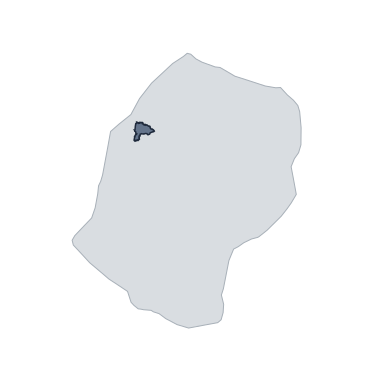 location of Kueneng, Berea, Lesotho, rotated 339°
{"feature_id": "5366337B11149165517433", "entity_name": "Kueneng", "entity_type": "district", "adm_level": 2, "iso_a3": "LSO", "parent_name": "Lesotho", "parent_adm1": "Berea", "projection": "orthographic", "projection_center": [27.999, -29.014], "detail": "fine", "context": "in_parent", "style": "filled", "palette": "slate", "viewbox_px": 384, "rotation_deg": 339, "n_neighbors": 0, "source": "geoboundaries", "source_scale": "gbopen_adm2", "svg_char_len": 4706}
<svg xmlns="http://www.w3.org/2000/svg" viewBox="0 0 384 384"><g transform="rotate(339 192 192)"><path d="M248.4,254.6L238.5,257.7L237.1,257.9L230.8,257.2L222.3,257.9L215.6,259.6L210.4,260.2L201.9,269.2L186.6,293.6L182.5,298.7L181.3,308.2L177.8,315.8L173.4,321.7L169.2,323.2L156.4,320.8L140.1,317.8L130.6,310.5L122.1,300.8L117.7,293.8L113.0,290.0L111.4,287.8L104.7,284.6L102.2,283.0L99.9,281.8L97.2,277.1L95.6,273.1L96.2,261.7L91.5,255.0L83.3,243.6L78.2,234.2L71.1,221.3L66.8,210.4L62.2,199.0L62.8,194.1L67.0,190.7L79.4,184.8L89.0,180.3L95.9,172.1L103.3,160.0L107.0,152.7L110.6,149.3L114.6,144.1L121.6,132.7L129.4,120.0L137.7,106.3L148.3,102.4L162.7,97.8L176.6,85.9L193.2,75.9L220.0,65.1L232.5,62.4L237.2,60.8L240.2,62.9L243.4,69.2L247.9,74.4L258.4,83.5L262.8,85.8L273.6,99.3L285.2,108.6L298.4,119.3L307.5,124.7L312.1,126.2L315.8,135.6L319.6,142.7L321.8,149.2L321.3,155.6L316.9,171.1L310.6,187.0L305.6,193.5L299.5,197.6L293.6,203.9L291.3,216.6L288.5,231.6L280.8,237.7L274.8,241.7L266.6,246.6L248.4,254.6Z" fill="#d9dde1" stroke="#a8b0b8" stroke-width="1"/><path d="M178.4,121.8L178.3,121.7L178.5,121.3L178.6,121.2L178.5,120.8L178.2,120.4L178.2,120.2L178.1,119.9L177.9,119.8L177.9,119.7L177.6,119.4L177.4,119.3L177.3,119.0L177.3,118.9L177.1,118.9L176.6,118.7L176.4,118.6L176.3,118.2L176.2,118.1L176.3,117.9L176.2,117.4L175.9,117.1L176.0,116.8L176.1,116.7L176.1,116.4L176.2,116.1L176.3,116.0L176.3,115.7L176.1,115.4L175.9,115.3L175.8,115.2L175.6,115.1L175.3,115.1L175.2,115.1L175.0,114.9L174.9,114.8L174.8,114.5L174.7,114.4L174.2,113.9L174.3,113.8L174.3,113.7L174.1,113.6L174.1,113.4L173.9,113.2L173.8,113.3L173.6,113.3L173.4,113.2L173.0,113.0L173.0,112.8L172.9,112.7L172.7,112.4L172.6,112.2L172.3,112.3L172.2,112.3L172.1,112.2L172.1,112.3L171.9,112.2L171.9,112.3L171.8,112.2L171.7,112.2L171.7,112.3L171.7,112.2L171.8,112.3L171.7,112.4L171.7,112.5L171.5,112.4L171.4,112.3L171.4,112.1L171.2,112.1L171.0,111.8L170.9,111.7L170.9,111.4L170.9,111.2L170.7,111.0L170.8,111.0L170.8,110.9L170.7,110.7L170.8,110.5L170.8,110.3L170.8,110.2L170.7,110.1L170.7,110.3L170.6,110.2L170.8,109.9L170.7,109.7L170.8,109.6L170.7,109.4L170.4,109.3L170.3,109.2L170.2,109.3L169.8,109.3L169.7,109.2L169.4,109.0L169.2,108.9L169.0,108.7L168.7,108.6L168.6,108.4L168.4,108.3L168.2,108.7L168.1,108.8L167.9,109.0L167.8,108.9L167.8,109.0L167.7,109.0L167.4,108.9L167.2,108.8L167.1,108.7L166.9,108.5L166.7,108.7L166.4,108.3L166.3,108.2L166.2,108.1L166.2,107.8L166.1,107.7L166.0,107.4L165.9,107.4L165.7,107.3L165.6,107.2L165.6,107.3L165.5,107.5L165.4,107.6L165.2,107.6L165.1,107.8L164.9,108.0L164.5,107.8L164.4,107.9L164.3,108.0L164.1,108.0L163.9,108.1L163.5,108.8L163.5,109.1L163.1,109.5L162.6,110.4L162.4,110.8L162.4,111.0L161.9,111.8L161.8,112.0L161.5,112.6L161.3,113.1L160.7,113.8L160.5,113.7L160.6,114.0L160.4,114.5L160.4,114.9L160.6,115.1L160.9,115.3L161.0,115.5L161.0,115.9L160.9,116.1L160.9,116.3L160.7,116.7L160.6,117.0L160.8,117.3L160.7,117.4L160.8,117.6L161.0,117.7L161.2,117.8L161.0,118.0L160.9,118.1L160.7,118.2L160.7,118.4L160.3,118.3L160.2,118.3L160.1,118.2L159.9,118.2L159.8,118.3L159.9,118.5L159.4,118.7L159.1,118.9L159.0,119.0L159.0,119.3L158.9,119.5L158.5,119.5L158.3,119.5L158.2,119.6L158.2,119.9L158.1,120.0L158.0,120.3L158.1,120.5L157.9,120.7L157.7,120.9L157.6,121.0L157.4,121.3L157.1,122.1L156.9,122.2L156.8,122.3L156.7,122.5L156.5,122.8L156.5,123.1L156.8,123.2L156.9,123.4L156.9,123.5L157.0,123.6L157.0,123.8L157.0,124.1L157.3,124.1L157.5,124.1L157.8,124.2L158.0,124.1L158.0,123.9L158.2,124.1L158.3,124.1L158.7,124.1L158.7,123.9L158.7,123.7L158.8,123.7L159.1,123.8L159.1,124.1L159.3,124.2L159.3,124.3L159.5,124.3L159.6,124.2L159.7,123.8L160.2,123.8L160.5,123.8L160.5,124.0L160.6,124.3L160.8,124.1L161.0,124.1L161.3,124.1L161.5,124.0L161.7,123.9L161.6,123.6L161.8,123.6L161.9,123.3L161.9,123.2L162.0,123.1L162.1,122.7L162.2,122.4L162.3,122.2L162.2,122.0L162.1,121.8L162.2,121.7L162.3,121.6L162.5,121.3L162.5,121.2L162.7,120.9L162.8,120.8L163.0,120.9L163.2,121.0L163.2,120.9L163.3,120.9L163.4,120.7L163.5,120.7L163.8,120.6L163.8,120.3L163.9,120.2L164.0,120.1L164.1,119.8L164.3,119.5L164.5,119.6L164.9,119.7L165.0,119.6L165.3,119.4L165.6,119.4L165.9,119.5L166.0,119.6L166.5,120.0L167.2,120.3L167.4,120.3L167.6,120.5L167.8,120.4L168.3,120.7L168.6,120.6L168.8,120.6L169.0,120.6L169.4,120.7L169.6,120.7L169.8,120.8L170.2,121.1L170.6,121.2L170.8,121.3L171.0,121.7L171.0,122.1L171.3,122.4L171.5,122.6L171.5,122.8L171.8,122.8L172.3,122.8L172.7,122.8L173.2,122.8L173.5,122.5L173.7,122.3L173.8,122.2L174.0,121.9L174.3,121.7L174.5,121.7L175.1,121.8L175.6,121.7L176.2,121.8L176.8,121.8L177.0,121.9L177.2,121.7L177.3,121.7L177.5,121.8L177.9,121.9L178.2,121.9L178.4,121.8Z" fill="#64748b" stroke="#1e293b" stroke-width="1.5"/></g></svg>